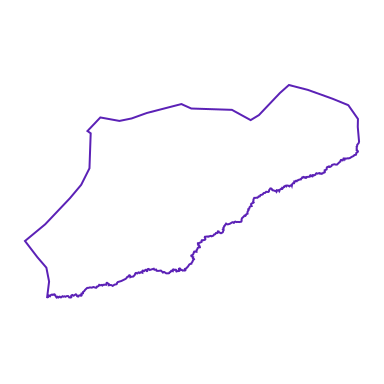 outline of Bayanxutag, Hentiy, Mongolia, rotated 182°
{"feature_id": "93677404B3637848484019", "entity_name": "Bayanxutag", "entity_type": "district", "adm_level": 2, "iso_a3": "MNG", "parent_name": "Mongolia", "parent_adm1": "Hentiy", "projection": "mercator", "projection_center": [110.82, 47.205], "detail": "fine", "context": "isolated", "style": "outline", "palette": "violet", "viewbox_px": 384, "rotation_deg": 182, "n_neighbors": 0, "source": "geoboundaries", "source_scale": "gbopen_adm2", "svg_char_len": 5923}
<svg xmlns="http://www.w3.org/2000/svg" viewBox="0 0 384 384"><g transform="rotate(182 192 192)"><path d="M212.0,110.1L211.6,111.0L210.8,111.2L210.1,112.4L208.5,112.2L208.7,113.4L208.1,114.0L207.6,114.0L207.0,113.5L205.7,113.8L205.3,113.7L205.1,113.2L204.9,112.1L204.7,112.0L203.7,112.5L202.5,112.5L201.9,112.7L201.8,113.2L202.5,114.3L202.4,114.8L201.6,115.2L201.0,114.9L200.6,113.9L200.3,113.7L199.1,113.6L198.5,113.1L197.3,113.4L196.5,113.2L195.9,113.5L195.9,113.8L196.5,114.2L196.5,114.7L196.4,114.9L194.9,115.5L194.6,116.2L193.6,117.1L192.2,119.4L191.3,120.0L190.1,120.3L190.0,121.1L189.0,122.5L188.7,123.8L187.6,124.9L187.7,125.1L188.8,125.9L188.5,126.9L190.2,127.7L190.5,128.2L190.5,128.5L188.7,129.5L188.3,131.1L187.9,131.6L187.9,132.2L187.6,132.6L185.4,132.4L185.5,133.9L184.9,134.5L184.8,135.1L184.5,135.6L184.3,136.3L183.8,136.6L183.4,137.2L183.0,137.2L182.5,136.9L182.2,137.0L182.4,137.9L183.5,139.5L184.0,139.5L184.0,139.9L184.3,140.3L184.3,141.0L183.3,141.2L180.7,142.4L180.6,143.0L180.7,143.8L180.4,144.2L178.9,144.2L177.4,144.7L177.0,145.2L177.0,145.6L177.7,147.1L177.5,147.7L175.1,148.1L174.4,147.8L173.9,148.2L172.9,148.3L172.3,148.7L171.5,148.8L170.9,148.4L169.5,149.0L169.1,149.2L168.5,150.3L167.4,150.6L166.7,151.8L165.6,151.8L165.1,152.0L164.9,153.3L164.7,153.6L164.0,153.5L163.6,152.7L161.6,151.8L160.1,152.6L159.7,153.1L159.4,154.4L159.1,154.9L159.8,155.7L159.1,156.3L159.4,156.9L159.4,157.4L158.7,158.4L158.7,159.0L158.0,159.5L157.7,160.4L157.2,160.9L156.8,161.6L155.7,160.9L154.7,161.0L153.0,161.6L150.6,163.2L150.1,163.2L149.1,162.6L148.9,162.7L148.6,163.5L148.0,163.8L147.5,163.9L146.7,163.5L145.1,163.7L143.6,163.6L141.7,164.1L141.4,164.9L141.5,166.4L141.1,167.6L139.3,169.4L138.7,170.3L137.8,170.0L137.4,170.5L137.2,171.3L137.0,171.6L135.7,172.3L135.9,173.5L135.7,174.5L134.9,175.7L135.2,176.3L135.2,176.8L134.2,177.3L134.0,178.7L133.5,179.3L133.1,179.7L131.9,180.0L132.6,181.9L131.9,182.7L130.6,183.2L130.0,183.7L130.6,184.8L130.3,185.3L130.3,186.7L129.6,188.3L128.0,188.4L127.4,188.6L126.5,188.5L125.7,189.2L125.3,189.9L124.5,189.9L124.1,190.0L123.4,191.4L122.1,191.7L121.1,192.2L120.9,192.8L120.4,193.3L120.0,193.6L119.0,193.6L117.9,194.8L115.7,194.7L115.2,195.1L115.1,195.4L115.0,196.5L113.8,198.3L113.2,198.3L112.7,198.1L112.3,197.7L111.9,196.8L111.4,196.5L111.0,196.6L109.3,196.0L108.2,195.9L107.6,195.1L107.4,195.5L107.6,196.5L107.4,196.8L106.5,196.6L105.5,196.9L104.8,195.8L104.7,196.0L104.8,197.0L104.7,197.2L103.6,197.7L103.2,198.2L102.6,198.1L101.9,198.2L101.7,198.5L101.9,199.3L101.3,199.3L100.6,199.9L100.1,200.1L100.2,200.6L99.6,200.8L99.1,201.4L98.4,201.6L97.9,201.1L97.6,201.7L97.3,201.8L96.1,201.7L94.8,201.0L94.1,201.8L93.3,201.8L92.9,202.5L92.6,202.4L92.4,201.9L92.2,203.0L91.6,204.1L91.1,204.4L90.3,204.4L90.3,205.0L89.8,205.5L90.1,206.1L89.3,206.3L88.6,206.8L87.7,206.4L87.0,207.4L86.1,207.5L85.4,208.1L83.6,208.4L83.5,209.0L82.6,209.7L82.4,210.4L82.3,210.5L81.7,210.3L81.3,210.8L80.9,211.0L80.4,210.8L80.0,210.3L79.1,210.1L78.8,210.6L78.3,210.4L78.2,211.0L74.8,211.4L74.6,211.6L74.6,212.6L74.3,212.9L74.0,212.8L73.4,212.1L72.1,211.8L71.9,212.1L72.2,212.7L72.1,213.1L71.5,213.2L70.6,212.9L69.3,213.5L68.8,214.7L68.2,215.1L67.3,214.7L65.3,215.4L65.1,215.3L64.6,214.7L63.8,215.1L63.0,214.7L62.8,215.0L62.0,215.2L61.3,216.0L60.5,216.0L60.0,216.3L59.9,217.1L60.2,218.3L59.7,218.6L58.4,219.1L58.2,219.3L58.2,220.9L57.6,221.8L56.7,221.8L56.3,222.3L55.9,222.4L55.4,221.8L55.1,221.8L53.6,222.7L53.1,223.8L52.9,224.0L50.7,224.7L49.2,224.4L48.0,224.5L45.7,226.9L44.8,227.6L44.7,228.5L44.3,229.2L43.8,229.3L42.8,228.8L42.4,228.9L41.7,230.8L41.1,230.8L40.5,229.9L40.1,230.8L39.9,230.8L38.5,230.8L37.9,231.1L36.9,231.0L36.2,231.3L35.6,231.3L33.6,232.7L31.8,233.6L31.0,234.6L29.5,234.9L29.3,235.4L29.2,236.7L27.9,237.7L27.6,238.2L27.6,238.5L27.8,238.8L28.9,239.4L29.0,239.6L28.7,240.2L29.0,241.0L28.8,241.8L29.1,242.9L28.6,243.5L28.5,245.0L27.2,246.6L26.8,248.1L28.6,262.8L28.7,270.8L38.8,284.2L54.8,290.1L79.8,298.1L98.9,302.3L107.6,294.0L127.8,271.2L135.9,265.9L155.0,275.5L195.6,275.4L205.7,279.5L239.9,269.4L254.9,263.4L267.0,260.5L286.2,263.3L298.6,249.3L295.3,247.1L295.3,212.1L303.0,195.3L313.8,181.5L337.6,154.6L357.2,137.2L344.3,121.5L334.9,111.3L331.7,97.5L333.1,81.8L332.7,81.7L332.2,81.9L331.6,83.7L331.2,83.6L330.6,82.9L330.3,82.8L329.7,83.9L328.8,84.5L328.0,84.6L327.7,84.3L327.3,84.3L326.2,85.0L325.7,84.8L325.5,84.2L325.0,84.0L324.7,83.2L323.7,81.9L323.0,82.6L322.6,82.7L322.4,82.6L322.3,81.9L322.0,81.8L320.5,82.8L319.5,82.1L319.2,82.1L317.8,83.3L316.9,82.9L315.9,83.3L314.8,82.9L313.8,83.5L312.3,83.7L311.7,83.3L311.1,82.4L309.4,82.3L308.9,82.8L309.1,83.4L309.1,84.2L308.5,84.7L307.8,84.9L307.1,84.3L306.7,84.2L304.5,85.7L303.8,85.2L303.2,83.9L302.6,83.6L301.9,83.6L301.5,84.5L300.1,85.0L299.3,84.4L298.8,84.7L298.6,85.2L298.6,85.5L299.0,86.1L298.9,86.7L297.4,87.0L297.4,88.3L296.3,89.1L295.4,90.5L293.4,92.5L292.0,92.6L290.7,93.1L288.8,92.9L287.3,93.6L284.5,92.9L283.9,93.4L283.8,94.1L282.1,94.7L281.7,95.7L281.5,96.0L280.0,95.6L278.9,96.0L278.3,95.4L277.3,96.2L276.7,96.1L275.9,96.4L274.5,96.3L274.2,97.9L274.1,98.2L273.8,98.3L271.8,97.0L271.9,96.3L271.9,95.9L270.3,96.2L269.2,96.1L268.0,95.4L266.2,96.7L264.2,97.2L263.8,97.8L263.7,98.6L263.0,99.4L259.5,100.6L255.4,102.8L254.6,103.5L253.8,104.8L252.8,105.2L252.3,106.1L251.8,106.6L251.4,106.6L251.0,106.1L250.7,104.7L249.9,105.1L247.7,105.5L246.2,107.3L245.9,108.5L245.4,109.1L245.0,109.2L244.2,108.7L243.7,108.7L242.7,109.8L242.3,109.8L241.4,109.2L240.3,110.1L238.8,109.6L238.9,111.3L238.6,111.7L238.3,111.8L237.7,111.3L237.2,111.2L236.8,111.5L236.0,112.4L235.4,112.7L235.0,112.5L234.4,111.4L234.1,111.4L233.8,111.9L233.7,113.1L233.3,113.5L232.6,113.6L231.5,112.6L227.5,114.0L226.9,113.0L225.1,113.2L224.7,112.1L224.4,112.0L222.6,112.0L220.4,112.4L219.9,112.1L219.6,111.6L218.7,111.1L218.2,110.5L217.5,111.1L217.0,111.1L214.9,109.8L212.7,109.9L212.0,110.1Z" fill="none" stroke="#5b21b6" stroke-width="2"/></g></svg>